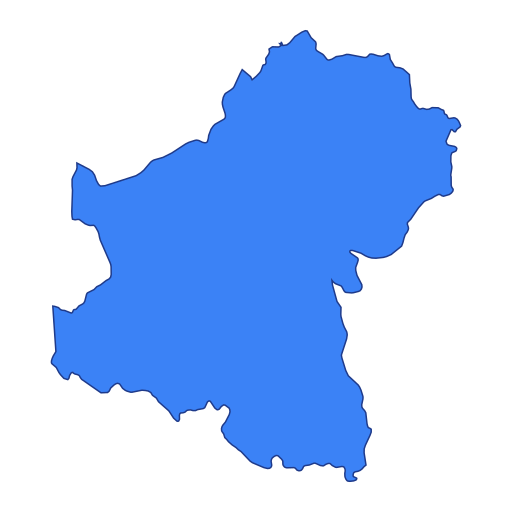 Nakhon Ratchasima, Natural Earth projection
{"feature_id": "THA-441", "entity_name": "Nakhon Ratchasima", "entity_type": "Province", "adm_level": 1, "iso_a3": "THA", "parent_name": "Thailand", "parent_adm1": "", "projection": "natural_earth1", "projection_center": [102.187, 14.947], "detail": "fine", "context": "isolated", "style": "filled", "palette": "blue", "viewbox_px": 512, "rotation_deg": 0, "n_neighbors": 0, "source": "natural_earth", "source_scale": "10m", "svg_char_len": 5975}
<svg xmlns="http://www.w3.org/2000/svg" viewBox="0 0 512 512"><path d="M63.9,378.4L60.5,374.7L59.0,372.6L56.3,367.5L52.1,363.9L51.6,363.2L51.4,362.2L51.5,360.8L52.2,358.4L53.3,355.9L55.9,351.6L52.8,306.1L54.8,306.4L58.5,307.6L60.4,309.5L61.9,310.2L64.7,310.5L71.1,313.0L71.8,312.9L72.4,312.4L73.5,310.0L74.1,309.6L75.7,309.4L76.4,309.0L79.0,305.9L82.6,304.0L83.8,303.0L84.8,301.2L86.5,294.5L87.0,293.4L87.6,292.8L94.0,289.6L96.8,286.7L100.5,284.9L106.2,280.5L109.0,279.0L110.6,277.2L111.2,274.6L111.1,266.8L110.8,264.7L110.1,262.7L100.3,240.2L99.5,237.2L98.9,234.0L98.1,231.6L96.0,227.8L94.8,226.1L94.2,225.6L93.6,225.3L90.0,225.5L88.3,225.1L85.1,223.8L79.3,219.5L77.7,219.4L75.1,219.8L72.5,219.2L72.0,216.3L71.8,211.4L72.5,190.2L72.1,186.0L72.1,179.3L73.0,176.7L76.5,170.0L77.0,167.8L76.9,163.0L89.2,169.4L92.4,171.8L94.6,175.2L96.5,180.7L98.5,184.3L99.6,185.4L100.6,186.1L105.1,185.7L136.1,175.7L140.9,172.7L143.9,170.1L150.6,162.2L152.4,160.8L153.9,160.0L163.0,157.4L171.8,153.0L185.7,143.9L189.0,142.3L195.2,140.3L196.7,140.1L198.8,140.5L202.5,142.3L205.0,142.8L206.2,142.6L207.1,142.0L207.5,141.3L208.3,138.5L208.7,135.4L211.0,129.3L213.3,126.0L215.0,124.3L224.1,119.1L225.1,117.9L225.4,117.1L225.4,115.0L225.0,113.1L223.0,107.1L222.4,104.3L222.3,102.1L223.3,97.3L224.8,94.2L225.8,93.2L230.6,90.1L233.0,88.2L234.1,86.7L240.2,73.4L242.2,69.6L250.6,76.7L252.1,79.8L256.3,76.3L259.9,72.5L261.0,70.7L262.9,65.3L263.5,64.9L265.2,64.5L265.9,63.4L266.1,62.2L265.7,59.3L265.9,58.2L268.7,54.2L269.5,51.9L269.0,49.1L272.4,46.8L278.7,47.0L281.2,45.5L279.8,43.7L280.7,43.8L281.1,43.5L281.2,41.9L282.9,45.5L286.9,44.9L289.8,42.7L295.0,36.5L301.9,32.1L305.3,30.7L307.2,31.0L311.1,37.7L315.2,41.5L315.7,42.1L316.1,44.0L315.7,48.4L315.9,49.4L316.6,50.5L318.0,51.5L322.6,54.2L323.6,55.1L327.1,59.5L327.9,59.9L328.9,60.1L331.9,59.2L336.2,56.6L342.5,55.7L346.5,54.4L348.8,54.5L364.0,57.4L366.2,57.4L367.6,56.5L369.7,54.2L371.1,54.0L373.3,54.3L378.0,55.8L381.8,56.3L384.2,55.5L387.0,53.9L387.8,53.6L388.6,53.9L389.4,54.5L390.3,59.5L392.7,63.3L394.1,65.9L394.8,66.7L396.0,67.3L400.0,67.8L403.1,69.0L409.4,74.6L409.8,83.0L410.9,89.2L411.1,96.9L411.4,98.7L411.7,99.4L413.7,102.2L414.5,103.7L416.4,106.3L418.0,108.1L419.3,109.0L420.1,109.1L422.4,108.4L423.2,108.4L426.6,109.4L429.2,109.1L432.1,107.6L438.3,107.8L441.1,109.4L443.5,110.3L443.9,111.1L444.4,113.4L444.9,114.1L446.3,114.7L446.9,115.3L447.9,117.7L448.6,118.3L449.4,118.5L453.8,117.8L455.1,118.0L457.0,119.1L458.4,120.8L459.2,122.3L460.6,125.6L460.1,126.9L456.9,129.3L455.5,131.7L454.2,131.7L452.1,129.6L451.0,129.7L446.0,141.2L446.9,143.9L447.5,144.5L448.9,145.3L454.5,146.4L455.8,147.1L456.6,148.0L456.8,148.7L456.2,150.7L455.0,151.5L452.3,152.6L451.7,153.2L450.9,155.7L450.8,161.9L451.8,166.5L451.8,168.0L450.8,174.5L450.8,175.8L451.1,176.8L451.2,185.3L451.7,187.1L453.1,189.2L453.1,190.1L452.7,191.4L451.3,193.1L449.4,194.5L443.6,196.2L442.0,195.8L440.1,194.5L438.3,194.5L434.7,196.3L431.4,198.4L425.2,200.9L423.9,201.8L418.5,207.8L410.7,219.3L407.5,222.5L407.3,224.1L408.3,227.1L408.5,228.4L408.2,229.8L407.2,232.0L405.2,234.7L404.0,238.2L402.9,242.6L401.6,246.1L391.2,254.5L386.7,256.5L383.4,257.4L375.9,258.2L371.8,258.0L368.4,257.1L365.4,255.8L361.0,253.2L352.7,250.5L350.8,250.4L350.2,250.7L349.8,251.3L349.9,252.2L350.8,253.3L357.2,257.7L357.7,258.2L358.1,259.0L358.1,260.4L357.5,262.5L355.7,267.4L355.7,269.0L355.8,270.7L357.0,275.4L361.8,284.7L362.0,287.0L361.4,289.0L360.1,290.7L358.6,291.4L353.5,292.7L351.7,292.9L345.9,292.4L344.9,291.9L344.0,290.8L342.1,287.2L341.1,285.9L335.5,283.7L333.0,281.7L332.0,280.4L332.5,285.1L337.0,301.5L341.0,307.3L340.8,314.4L341.0,316.5L342.9,323.5L344.3,327.2L346.7,331.8L347.0,333.1L347.2,334.9L346.6,338.9L341.6,354.3L341.4,355.4L341.9,358.0L345.7,370.4L348.3,375.8L358.2,385.0L359.6,387.1L361.0,390.2L362.9,396.3L363.0,397.6L362.9,399.1L361.7,404.8L361.9,407.1L362.7,408.5L364.6,410.6L365.8,412.8L367.0,423.6L367.6,426.1L368.3,427.6L369.9,428.3L371.2,429.2L371.2,432.1L370.0,435.3L365.4,445.2L364.2,448.8L364.1,452.8L366.0,465.1L364.2,466.5L362.0,469.0L360.1,470.4L357.9,471.3L355.2,471.8L353.8,472.6L353.2,474.2L353.1,476.0L353.6,476.7L356.6,478.1L356.8,478.8L356.0,480.0L353.6,480.9L349.9,481.3L347.9,481.1L347.0,480.6L346.0,479.3L345.2,477.5L344.9,476.2L344.8,473.3L345.2,471.0L345.1,469.4L344.7,468.3L343.9,467.0L343.0,466.6L341.7,466.5L336.6,467.4L335.4,467.2L332.2,465.5L330.2,463.6L329.2,463.4L328.0,463.5L325.9,464.3L323.9,465.6L323.1,465.9L320.4,465.5L316.4,463.7L315.1,463.2L314.0,463.2L309.3,465.0L305.1,465.6L304.3,466.0L303.6,466.5L302.5,468.8L301.4,470.1L300.7,470.5L299.0,470.8L297.1,470.2L295.3,468.2L294.0,467.6L286.7,467.8L285.6,467.5L284.5,467.0L283.3,465.5L282.9,464.3L282.8,461.2L282.5,460.5L281.6,459.2L278.2,455.9L277.3,455.6L276.1,455.5L274.2,456.4L272.3,457.9L271.5,459.3L271.1,461.1L271.7,465.0L271.6,466.0L270.8,467.5L269.4,468.3L267.6,468.5L263.9,467.6L252.4,462.7L250.1,461.1L241.0,451.5L238.4,449.8L236.1,447.6L232.1,444.9L228.5,441.7L226.6,439.3L224.8,437.6L223.7,434.0L221.9,431.4L221.6,430.5L221.5,428.6L222.0,426.7L222.8,425.2L225.4,422.1L229.3,414.5L230.0,411.8L229.8,409.7L229.1,408.1L225.2,405.2L223.6,404.9L221.3,406.5L219.3,409.1L217.8,409.8L216.8,409.6L214.8,408.0L210.6,401.7L210.1,401.2L209.3,400.9L208.5,401.1L207.4,402.0L205.0,407.2L204.6,407.8L203.2,408.6L197.6,409.6L195.5,410.6L193.0,410.6L190.5,409.9L188.1,410.1L186.8,410.5L184.9,412.2L183.0,412.8L180.6,413.0L179.9,413.6L179.4,415.2L179.5,419.3L178.7,421.0L177.9,421.3L176.9,421.1L173.6,418.1L169.1,411.2L168.0,410.1L158.5,401.7L156.4,398.1L152.5,395.3L150.8,392.5L148.1,391.0L145.4,390.5L142.0,390.2L132.0,392.2L130.6,392.2L126.9,391.1L125.2,390.3L122.6,388.3L119.9,384.3L119.3,383.8L117.5,383.3L115.8,383.8L114.1,384.9L110.7,388.0L109.2,391.1L107.6,392.5L101.0,392.8L81.6,379.3L80.2,377.4L79.5,375.9L78.7,375.2L77.4,374.6L74.9,374.0L73.3,373.1L72.8,372.4L72.1,372.4L71.1,373.0L69.6,375.5L68.9,378.3L67.8,379.6L63.9,378.4Z" fill="#3b82f6" stroke="#1e3a8a" stroke-width="1.5"/></svg>